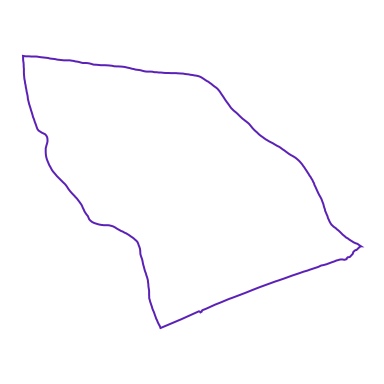 outline of Haswin, Al Mahrah, Yemen
{"feature_id": "15242507B7547411227389", "entity_name": "Haswin", "entity_type": "district", "adm_level": 2, "iso_a3": "YEM", "parent_name": "Yemen", "parent_adm1": "Al Mahrah", "projection": "mercator", "projection_center": [51.893, 15.725], "detail": "fine", "context": "isolated", "style": "outline", "palette": "violet", "viewbox_px": 384, "rotation_deg": 0, "n_neighbors": 0, "source": "geoboundaries", "source_scale": "gbopen_adm2", "svg_char_len": 5613}
<svg xmlns="http://www.w3.org/2000/svg" viewBox="0 0 384 384"><path d="M23.0,55.9L23.1,56.9L23.1,58.7L23.2,60.7L23.5,62.5L23.7,65.0L23.7,66.9L23.9,68.6L23.9,70.7L23.9,72.6L24.0,74.8L24.2,76.8L24.4,79.0L24.8,80.8L25.1,83.2L25.6,85.3L25.8,87.1L26.3,89.3L26.6,91.4L27.0,93.1L27.4,95.0L27.7,96.8L27.9,98.9L28.3,100.6L28.8,102.6L29.2,104.3L29.3,104.5L29.9,106.4L30.6,108.6L31.0,110.2L31.6,111.9L32.2,113.9L32.7,115.6L33.1,117.2L33.9,119.0L34.4,120.6L34.9,122.2L35.6,123.9L36.2,125.6L36.7,127.2L37.4,129.0L38.5,130.5L40.0,131.5L41.7,132.6L43.6,133.5L45.2,134.3L46.3,135.6L47.2,137.3L47.5,139.6L47.5,141.4L47.1,143.3L46.5,145.2L46.1,146.8L45.7,148.4L45.7,150.3L45.7,152.1L45.8,153.8L46.0,155.7L46.4,157.6L46.9,159.4L47.7,161.4L48.5,163.3L49.3,165.2L50.2,166.7L51.1,168.4L52.0,170.1L53.1,171.6L54.4,173.1L55.6,174.5L56.8,176.0L58.0,177.2L59.4,178.6L60.6,179.8L62.0,181.2L63.3,182.5L64.8,183.9L65.9,185.2L67.0,186.7L68.1,188.5L69.2,190.0L70.3,191.4L71.6,192.9L73.0,194.4L74.4,195.8L75.3,196.9L75.7,197.3L76.9,198.5L78.0,200.0L79.3,201.7L80.3,203.1L81.3,204.5L82.2,206.2L82.8,207.8L83.7,209.5L84.5,211.4L85.5,213.0L86.6,214.6L87.8,216.0L88.5,217.6L89.2,219.3L90.5,220.7L92.0,221.9L93.5,222.7L95.1,223.3L96.7,223.8L98.3,224.3L100.0,224.7L102.0,225.0L103.9,225.2L105.6,225.2L107.4,225.2L109.1,225.3L111.5,225.9L113.1,226.4L114.9,227.3L116.4,228.3L117.9,229.2L119.4,230.0L120.9,230.9L122.8,231.6L124.4,232.6L126.1,233.3L127.6,234.2L129.2,235.2L130.8,236.4L132.2,237.3L133.6,238.3L135.0,239.6L136.4,240.8L137.5,242.1L138.2,243.7L138.7,245.3L139.4,247.0L140.0,248.9L140.2,250.6L140.3,252.4L140.4,254.1L140.9,255.9L141.5,257.6L142.1,259.3L142.5,261.0L142.9,263.2L143.3,265.0L143.8,266.6L144.2,268.2L144.6,269.8L145.2,271.7L145.9,273.4L146.3,275.1L147.0,277.0L147.5,278.8L147.9,280.4L148.0,281.9L148.0,282.1L148.3,283.9L148.4,285.9L148.6,287.6L148.9,289.3L149.1,291.0L149.1,292.7L149.1,294.1L149.1,294.6L149.2,296.5L149.2,298.2L149.7,299.8L150.2,301.8L150.8,303.5L151.3,305.1L151.9,306.7L152.3,308.3L152.9,309.9L153.8,311.9L154.4,313.5L154.9,315.1L155.0,315.4L155.6,316.9L156.1,318.5L157.0,320.2L157.6,321.8L158.1,322.9L158.3,323.3L158.5,323.7L159.4,325.4L159.5,325.4L160.2,327.1L160.5,328.0L163.9,326.6L175.0,321.9L181.4,319.2L193.8,313.6L198.9,311.3L199.7,311.5L200.4,312.4L201.7,311.6L201.9,310.8L202.4,310.2L206.2,308.7L215.2,304.6L221.3,302.2L224.6,300.8L228.9,299.0L232.3,297.8L245.5,292.8L252.9,289.8L260.1,287.0L275.5,281.4L278.4,280.5L280.9,279.6L283.6,278.7L292.4,275.5L299.0,273.3L303.8,271.6L307.4,270.6L309.5,269.8L318.3,266.9L321.2,265.5L323.4,265.1L326.4,264.3L332.0,262.2L334.1,261.5L335.4,261.0L336.3,260.5L337.4,260.3L338.7,259.9L340.2,259.5L342.1,259.4L344.4,259.8L345.8,259.4L346.5,259.2L346.8,258.3L347.7,257.3L348.7,257.2L349.8,257.0L352.8,253.8L353.2,252.2L354.4,250.9L355.5,250.1L356.5,250.0L357.8,248.7L359.6,247.0L360.9,246.3L361.0,246.3L359.6,245.4L359.2,245.1L358.8,244.8L357.4,243.8L356.7,243.6L355.8,243.3L354.1,242.6L352.8,241.8L352.5,241.6L350.9,240.6L349.3,239.6L347.8,238.4L346.3,237.6L346.2,237.6L345.3,236.8L345.0,236.5L343.8,235.5L342.4,234.4L342.1,234.0L341.1,233.0L339.9,231.8L338.5,230.5L336.9,229.3L335.7,228.1L334.2,227.1L333.5,226.6L332.8,225.9L331.4,224.6L330.4,223.0L329.5,221.4L328.7,219.5L327.9,217.9L327.5,216.2L326.8,214.7L325.9,212.5L325.2,210.9L324.8,209.0L324.2,207.4L323.7,205.6L323.3,203.9L322.6,202.2L322.0,200.5L321.3,198.7L320.5,197.2L319.5,195.5L318.6,193.8L317.9,192.3L317.0,190.4L316.3,188.8L315.3,186.6L314.4,184.8L314.0,183.2L313.1,181.7L312.4,180.0L312.2,179.7L311.4,178.5L310.6,177.0L309.5,175.6L308.7,174.1L307.5,172.3L306.3,170.4L305.2,168.8L304.2,167.2L303.1,165.8L302.2,164.4L301.1,163.1L299.8,161.6L298.5,160.3L296.9,158.9L295.4,157.7L293.8,156.7L292.1,155.7L290.5,154.9L290.3,154.7L289.0,153.9L287.5,152.8L286.0,151.7L284.6,150.6L283.2,149.7L281.8,148.7L280.5,147.7L279.0,146.7L277.4,146.0L275.7,145.0L274.2,144.1L272.4,143.0L270.9,142.3L269.0,141.3L267.4,140.3L265.6,139.3L264.6,138.5L264.2,138.3L262.8,137.2L261.2,136.1L259.6,134.9L258.2,133.6L256.9,132.3L255.6,131.2L254.0,129.7L253.0,128.6L252.6,128.2L251.4,126.7L250.1,125.1L248.9,123.7L247.6,122.6L246.2,121.5L244.9,120.5L243.4,119.3L242.8,118.9L241.6,117.8L240.1,116.4L238.9,115.2L237.5,113.8L236.2,112.6L234.7,111.4L233.5,110.4L232.3,109.2L231.1,108.0L230.1,106.6L229.0,105.0L228.0,103.6L227.0,102.3L226.0,100.9L224.9,99.3L223.9,97.7L222.9,96.2L222.0,94.9L220.9,93.3L219.9,91.7L219.5,91.2L218.7,90.2L217.5,88.8L216.1,87.6L214.2,86.3L212.7,85.1L211.3,83.9L209.8,82.9L208.3,81.7L206.8,81.0L204.9,79.7L203.1,78.5L201.4,77.4L199.8,76.6L197.9,76.0L196.0,75.6L194.3,75.4L192.5,75.0L190.6,74.8L188.8,74.4L187.0,74.2L185.1,74.0L183.2,73.6L181.1,73.5L179.4,73.4L177.6,73.3L175.7,73.1L174.0,73.1L172.1,73.1L170.4,73.1L168.6,73.0L166.4,73.0L164.2,72.9L162.5,72.7L160.6,72.5L158.8,72.5L156.4,72.2L154.5,72.2L152.3,71.7L150.6,71.6L148.7,71.6L146.8,71.6L145.0,71.4L143.2,71.0L141.5,70.5L139.8,70.1L137.5,69.8L135.6,69.6L133.6,69.0L132.7,68.9L131.8,68.7L129.8,68.1L127.8,67.7L126.1,67.3L124.3,66.9L122.5,66.7L120.4,66.5L119.7,66.5L118.3,66.4L116.2,66.4L115.7,66.3L114.3,66.3L112.2,65.8L110.5,65.6L108.3,65.4L106.6,65.3L104.7,65.2L102.9,65.2L100.8,65.2L99.0,65.0L97.0,64.8L95.3,64.7L93.4,64.6L91.6,64.0L89.8,63.5L88.1,63.2L86.4,63.0L84.6,63.0L82.8,63.0L81.1,62.6L79.1,62.0L77.1,61.6L75.3,61.4L73.6,60.9L71.8,60.7L69.6,60.3L68.2,60.3L67.9,60.3L65.9,60.3L63.6,60.3L61.8,60.1L59.9,59.9L57.2,59.6L55.1,59.1L53.4,58.9L51.5,58.7L49.8,58.5L48.2,58.0L46.3,57.8L44.6,57.6L42.7,57.4L40.7,57.2L38.8,56.9L37.1,56.6L35.3,56.5L32.9,56.5L30.9,56.5L28.7,56.3L25.4,56.3L23.0,55.9Z" fill="none" stroke="#5b21b6" stroke-width="2"/></svg>